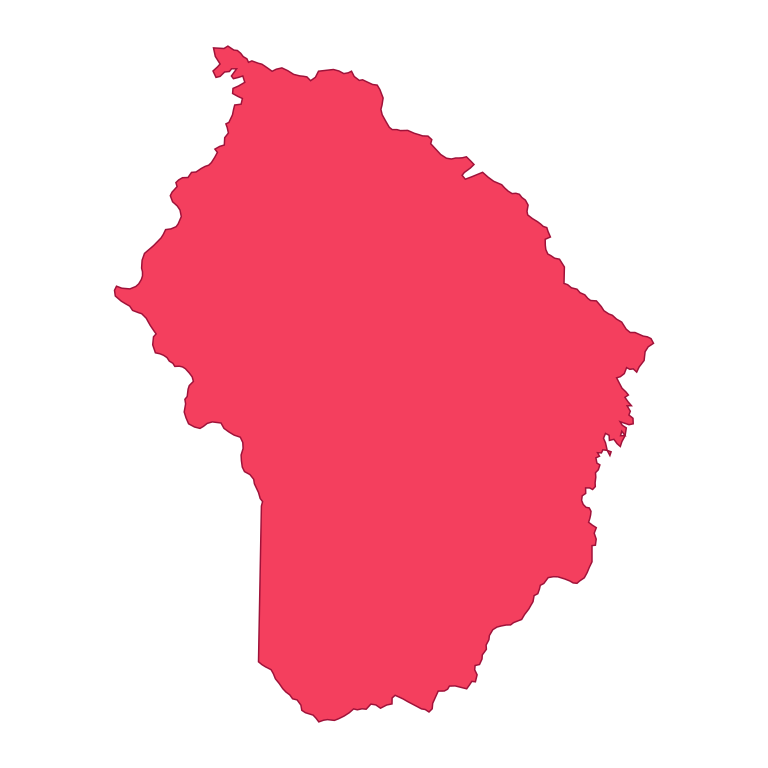 outline of Reserva, Paraná, Brazil
{"feature_id": "56859067B47646649937177", "entity_name": "Reserva", "entity_type": "district", "adm_level": 2, "iso_a3": "BRA", "parent_name": "Brazil", "parent_adm1": "Paraná", "projection": "albers", "projection_center": [-50.945, -24.594], "detail": "fine", "context": "isolated", "style": "filled", "palette": "rose", "viewbox_px": 768, "rotation_deg": 0, "n_neighbors": 0, "source": "geoboundaries", "source_scale": "gbopen_adm2", "svg_char_len": 5105}
<svg xmlns="http://www.w3.org/2000/svg" viewBox="0 0 768 768"><path d="M334.4,720.4L338.5,718.8L344.0,716.1L349.3,712.7L353.6,708.9L357.3,709.8L362.0,708.8L366.2,709.2L370.9,704.1L375.8,704.9L380.5,708.2L386.7,705.0L392.0,703.9L392.1,698.0L395.1,695.3L399.8,697.4L403.2,699.0L407.5,701.5L417.6,706.8L421.5,708.9L425.2,709.5L429.0,712.0L432.2,708.8L432.7,703.3L435.0,698.2L438.2,691.1L444.3,691.0L447.6,689.2L449.4,686.1L455.1,685.9L466.7,688.8L469.5,684.9L471.8,681.4L475.4,681.8L477.1,674.8L474.7,669.8L475.1,665.5L479.5,664.5L482.0,659.0L482.3,654.9L486.4,649.3L486.1,645.1L488.9,639.7L489.4,635.5L492.8,629.7L496.9,627.1L501.0,626.0L506.2,625.0L510.6,624.9L513.6,622.6L521.7,619.4L524.5,614.6L528.8,609.0L530.7,605.6L533.0,601.7L534.1,595.6L537.8,593.7L539.4,589.2L540.3,585.3L543.8,583.5L548.2,577.6L553.4,576.7L557.8,576.8L564.9,579.0L569.9,581.0L573.1,582.9L577.0,583.3L579.6,581.0L584.3,577.8L587.1,572.7L589.5,566.9L592.0,561.8L592.0,556.9L592.0,550.7L592.0,545.6L595.4,545.2L596.2,539.1L594.2,533.2L596.3,527.7L592.4,525.2L588.6,522.3L589.8,518.5L590.6,515.0L591.0,511.3L589.2,507.9L586.0,507.3L583.2,504.4L581.6,500.3L582.2,495.8L585.7,493.4L585.6,487.9L589.6,487.9L592.6,489.5L595.3,486.6L595.1,482.8L595.8,477.2L595.5,472.7L598.3,469.8L599.9,464.9L596.9,463.1L595.9,457.8L599.5,456.2L597.5,452.7L601.4,452.9L602.9,449.8L607.2,450.4L605.5,442.8L603.5,438.3L605.5,433.4L609.1,435.3L609.4,440.4L613.9,439.3L617.0,443.6L620.3,446.5L621.9,441.6L625.1,435.7L626.3,427.9L622.2,425.2L620.1,421.7L629.0,424.7L633.2,423.8L633.0,418.3L628.9,415.0L630.3,411.2L627.1,405.8L631.4,405.7L627.9,401.6L624.9,397.3L628.4,395.0L625.9,391.9L622.0,388.2L619.1,382.7L616.6,377.8L620.3,376.7L624.3,373.6L626.6,367.6L629.8,369.3L633.3,368.9L636.7,372.1L639.1,367.0L644.1,360.5L645.1,351.7L648.2,346.8L653.5,343.3L651.0,338.6L647.3,336.8L643.2,336.1L635.0,332.5L630.2,332.5L626.2,329.2L621.7,322.1L616.5,319.1L612.4,315.3L608.7,313.9L603.9,310.7L601.3,306.6L596.4,300.9L590.6,300.5L587.8,298.4L584.8,294.8L580.0,292.7L577.0,289.2L571.4,287.8L567.7,284.7L564.0,283.4L564.4,267.0L559.5,259.2L554.6,258.2L550.8,255.6L547.8,254.0L545.8,249.5L545.3,245.3L545.2,239.3L550.4,237.0L548.0,231.4L546.8,227.6L543.2,226.4L540.7,224.1L537.8,221.9L532.3,218.5L527.7,214.9L527.0,211.3L528.1,205.1L525.4,200.1L521.9,197.5L519.4,194.3L515.9,193.3L512.1,193.6L508.1,191.1L504.7,188.0L501.7,184.7L493.7,181.3L488.0,177.1L482.6,172.3L471.7,176.8L465.3,179.2L462.1,175.3L464.3,172.5L470.4,168.0L474.0,164.5L470.9,161.2L466.4,156.8L462.3,157.8L459.1,158.0L455.7,158.0L451.4,159.0L446.4,158.2L440.7,154.5L430.7,143.7L431.8,139.6L428.0,136.1L422.6,135.9L419.0,134.7L414.3,133.3L407.7,130.4L400.4,130.6L396.9,129.6L392.2,129.6L389.3,127.3L385.9,121.5L382.2,114.8L380.9,109.4L382.0,105.1L383.1,98.0L379.9,89.6L377.2,85.1L372.6,84.5L367.2,82.0L362.6,79.8L359.3,80.4L354.2,76.5L351.5,71.2L348.3,72.8L343.8,73.6L339.0,71.0L333.4,69.5L318.5,71.2L315.4,77.3L310.6,80.7L306.9,76.9L303.5,76.3L299.8,75.9L293.7,74.4L287.8,70.7L281.9,67.9L276.3,69.2L272.1,71.3L267.1,67.7L261.9,64.2L258.1,63.2L251.9,60.9L248.5,62.3L246.9,58.8L243.2,56.6L240.7,53.3L237.4,50.5L233.9,50.1L227.9,46.1L224.0,48.5L213.5,47.9L215.3,56.4L220.1,64.0L217.4,67.0L213.0,71.0L216.0,77.4L220.1,76.4L224.6,72.0L229.4,71.5L231.6,68.8L236.6,68.8L231.4,76.0L233.4,78.7L238.5,77.4L242.8,76.0L244.8,82.3L238.5,86.0L233.0,88.4L232.6,93.5L237.9,96.4L242.4,98.5L241.1,104.2L234.7,105.0L233.6,109.3L232.5,114.8L228.9,122.4L225.9,123.9L227.2,127.5L228.4,133.0L224.7,137.7L224.3,145.0L219.7,146.4L214.9,149.1L217.4,152.4L214.7,157.4L211.4,162.6L208.7,165.2L205.1,166.4L201.2,168.5L196.0,172.0L191.5,172.4L188.0,177.5L182.5,177.7L178.7,179.9L175.9,182.6L177.1,186.6L172.1,192.1L170.3,195.7L172.6,201.8L177.3,206.0L180.0,210.1L181.3,216.6L178.1,224.0L176.1,226.7L170.9,228.9L165.6,229.6L163.3,234.4L161.1,237.9L153.7,245.5L144.5,253.4L142.1,260.2L141.6,268.1L142.5,271.8L142.5,275.9L141.4,279.4L138.7,283.9L135.8,286.5L129.9,288.9L121.8,288.2L116.5,286.2L114.5,290.3L115.3,296.0L121.3,301.2L125.6,303.8L129.7,306.1L132.6,310.4L138.3,312.6L141.7,313.7L146.3,318.3L148.2,321.8L150.3,325.5L153.9,330.8L156.1,333.9L153.5,336.8L152.7,344.8L155.4,352.8L160.0,353.8L163.6,355.3L167.0,357.6L169.3,361.1L172.9,363.3L174.8,366.4L179.3,366.2L182.5,366.9L185.4,368.7L189.3,373.0L192.2,376.9L193.4,381.4L189.3,385.5L188.1,389.1L187.2,396.5L184.9,399.3L185.6,403.9L184.2,412.0L186.0,417.8L188.6,423.8L194.5,427.0L200.0,428.4L203.4,426.4L207.2,423.4L212.3,421.9L221.0,423.0L224.0,428.4L228.8,431.9L234.1,435.1L240.3,437.2L242.8,442.5L243.1,448.5L241.1,455.0L241.4,460.6L242.3,467.1L244.5,471.6L250.0,474.6L253.7,479.3L254.4,483.8L258.5,492.5L260.2,498.5L262.6,501.6L261.4,506.1L259.8,592.1L259.0,633.9L258.5,661.8L261.9,664.6L265.6,666.9L271.1,669.7L273.4,673.8L275.4,678.8L279.3,683.6L282.8,688.7L285.9,692.0L289.8,694.9L292.6,698.8L297.1,699.9L300.9,705.1L301.8,710.3L305.4,712.7L313.1,715.1L316.1,718.3L318.8,721.9L323.6,720.2L327.5,719.6L334.4,720.4ZM625.1,435.7L620.5,435.7L621.8,431.2L625.1,435.7ZM607.2,450.4L609.9,455.5L611.1,451.8L607.2,450.4Z" fill="#f43f5e" stroke="#9f1239" stroke-width="1.5"/></svg>